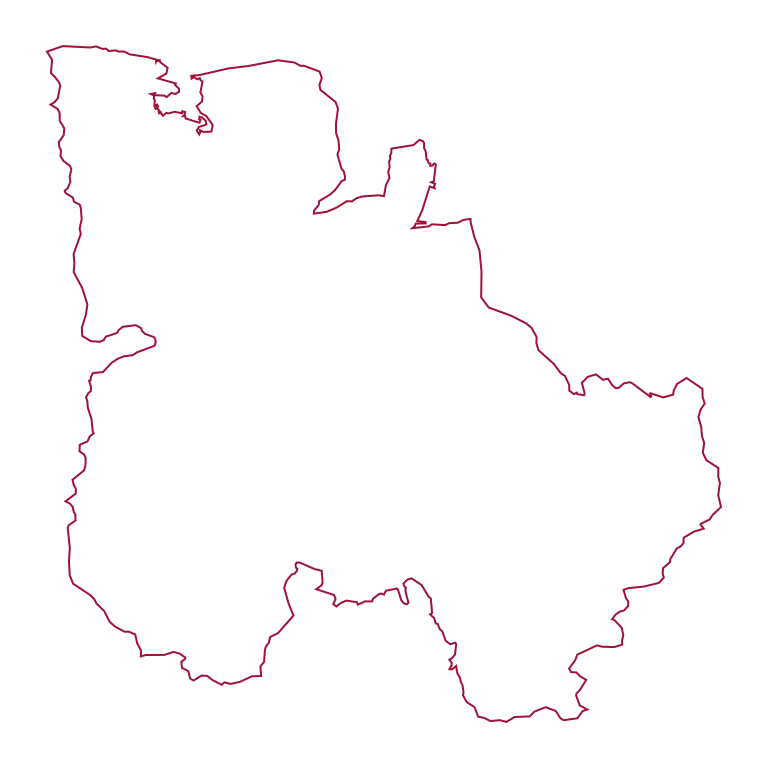 the district of Viisoara, Mures, Romania
{"feature_id": "2599482B3692872469981", "entity_name": "Viisoara", "entity_type": "district", "adm_level": 2, "iso_a3": "ROU", "parent_name": "Romania", "parent_adm1": "Mures", "projection": "equal_earth", "projection_center": [24.576, 46.301], "detail": "fine", "context": "isolated", "style": "outline", "palette": "rose", "viewbox_px": 768, "rotation_deg": 0, "n_neighbors": 0, "source": "geoboundaries", "source_scale": "gbopen_adm2", "svg_char_len": 5980}
<svg xmlns="http://www.w3.org/2000/svg" viewBox="0 0 768 768"><path d="M466.6,702.0L474.5,707.1L478.2,716.7L484.0,717.8L490.3,721.0L499.9,720.2L506.5,721.9L514.6,717.0L529.8,716.4L534.4,711.6L545.6,707.2L555.8,711.0L560.4,718.2L563.6,720.2L577.3,718.3L582.6,711.1L587.3,709.5L579.8,705.5L576.1,695.5L576.5,693.4L579.9,690.0L586.2,679.9L579.6,675.9L576.3,672.4L571.1,672.2L569.1,668.5L575.1,660.4L577.3,654.6L597.0,645.4L602.0,646.7L614.2,647.1L622.2,644.6L622.1,640.1L623.3,635.4L621.7,627.7L614.6,620.3L612.1,619.2L615.6,614.6L619.6,611.7L624.1,610.4L628.1,606.0L628.3,601.4L626.1,598.5L623.5,589.9L628.1,588.2L644.4,586.5L659.1,582.8L663.8,577.5L662.7,574.0L663.0,568.2L670.0,562.1L670.4,558.9L676.8,548.5L680.9,546.2L683.5,543.1L683.5,538.7L684.3,537.3L694.2,531.5L703.7,528.7L700.5,524.6L701.0,523.7L709.5,519.6L712.6,515.0L721.0,507.0L718.2,495.1L719.9,482.9L718.2,476.6L718.4,468.0L706.5,460.3L702.8,452.8L704.2,443.0L701.9,436.0L701.3,427.4L698.4,417.0L700.7,409.5L704.7,403.6L702.6,397.0L702.4,388.8L686.5,378.0L677.0,384.0L673.7,390.5L673.2,394.6L663.4,397.4L650.7,393.3L650.0,393.5L651.2,396.4L650.5,397.0L632.3,383.3L629.7,382.2L623.9,383.3L618.8,387.8L615.6,388.1L612.1,385.1L608.0,378.7L602.9,379.8L596.1,374.4L588.0,376.7L581.9,382.7L584.7,393.6L584.1,395.2L577.3,394.1L576.8,392.7L573.9,394.1L569.3,390.6L569.2,385.0L565.0,376.0L560.8,373.2L553.9,364.0L538.5,350.2L536.4,343.1L536.6,337.0L531.4,327.7L526.3,323.5L510.8,315.6L488.8,307.6L481.2,297.5L481.5,271.5L479.5,250.5L474.2,236.5L470.6,222.2L470.5,218.9L463.5,219.9L457.9,222.7L449.0,223.2L445.2,225.1L432.0,224.3L428.8,226.4L412.4,228.2L414.8,226.1L415.7,223.6L425.7,223.4L425.6,222.0L417.3,221.1L422.5,209.5L429.7,186.5L434.6,188.2L434.1,186.1L435.1,183.9L431.3,182.3L433.8,181.3L435.8,164.4L434.3,163.5L432.5,165.5L430.2,165.8L430.3,163.5L428.6,163.1L427.6,159.8L426.6,159.7L425.7,151.4L424.1,148.2L424.0,142.9L422.8,141.1L419.4,139.9L413.4,145.1L391.5,148.6L391.2,153.5L390.0,155.4L390.3,159.2L389.1,161.4L389.6,167.5L388.2,172.1L389.5,178.2L385.9,185.1L384.0,196.1L378.7,195.3L362.2,196.5L356.5,198.2L352.0,201.4L346.8,201.2L336.4,207.7L326.5,211.9L313.8,213.6L314.1,210.6L318.6,205.1L319.3,201.0L329.9,194.7L335.1,190.0L341.7,181.1L344.8,179.8L345.0,176.8L343.8,171.4L341.6,168.9L337.7,155.7L337.6,153.6L339.2,149.8L338.9,145.0L338.4,139.9L336.1,133.3L336.0,123.4L338.0,108.6L335.6,102.1L320.4,89.8L319.4,84.8L321.8,78.1L319.6,71.6L304.3,65.9L300.5,65.8L294.4,62.5L278.2,60.3L248.3,66.0L228.6,68.4L199.3,75.1L191.3,75.8L191.6,78.6L193.9,77.1L197.4,79.3L199.8,78.1L200.6,80.3L202.5,81.6L200.4,92.3L202.5,96.3L202.1,101.4L196.7,106.2L200.8,113.0L206.3,116.0L212.7,125.0L211.4,131.6L203.4,131.9L200.0,130.2L200.4,132.2L199.2,134.5L196.8,130.4L198.8,127.0L206.3,124.6L205.7,120.7L202.1,117.6L199.5,116.7L199.2,119.2L200.5,119.7L199.5,122.8L185.7,118.5L185.3,116.3L183.2,116.2L184.6,115.0L185.2,112.1L182.3,111.3L182.2,113.3L174.7,111.8L168.3,113.4L166.4,112.8L162.9,115.8L161.5,113.7L159.6,113.4L160.7,112.2L159.2,110.6L158.7,111.4L157.7,108.2L155.6,109.0L155.1,107.7L158.0,106.0L157.1,104.5L154.4,105.6L154.8,100.1L153.7,98.4L154.1,95.5L150.7,94.0L155.2,93.1L154.6,95.2L164.4,95.6L166.7,97.1L171.4,92.9L175.5,94.0L179.1,91.7L178.9,88.6L175.0,84.9L175.9,83.5L157.9,78.4L166.4,73.5L167.6,67.8L160.2,62.1L159.8,60.2L158.3,60.4L157.6,61.8L157.6,59.1L156.2,61.7L156.1,59.6L147.4,57.1L129.9,54.4L123.8,51.5L118.4,51.6L115.8,50.4L108.8,51.0L106.0,48.6L102.7,49.0L96.1,46.4L90.4,47.5L62.7,46.1L47.0,51.6L52.1,59.8L50.9,73.1L55.3,77.4L59.1,82.5L60.2,85.8L57.8,98.4L54.5,102.2L50.5,104.6L57.8,109.0L59.7,113.4L59.7,120.7L64.3,128.4L63.7,135.1L58.8,142.2L59.3,146.9L61.0,150.5L60.5,156.2L63.6,161.1L70.0,165.8L71.4,169.5L69.6,176.6L70.4,181.8L67.6,188.5L64.7,190.7L65.6,193.1L72.8,197.5L74.0,201.7L79.8,204.8L80.8,207.9L81.7,219.3L79.6,228.7L80.8,233.9L73.6,254.0L74.4,262.9L73.7,272.1L82.3,288.2L87.4,304.5L85.8,315.1L81.8,327.8L82.2,335.9L90.7,341.1L99.8,341.8L103.8,340.0L105.9,336.6L117.1,333.0L118.6,330.1L122.8,326.8L135.8,325.2L141.2,328.2L141.9,330.8L145.0,333.9L153.9,337.1L155.3,339.3L155.7,342.7L154.4,345.8L137.1,352.3L132.7,355.2L123.7,356.3L117.9,358.7L111.7,362.7L102.9,372.1L93.0,373.0L91.0,376.7L90.5,380.3L89.1,380.7L90.9,386.5L90.8,391.2L88.4,393.0L86.0,397.4L87.3,401.0L87.8,407.6L91.5,419.2L92.7,431.3L93.7,433.3L89.8,436.3L87.4,441.5L79.8,444.7L79.5,451.3L84.0,454.3L85.6,457.6L85.5,465.1L84.1,470.3L72.5,479.8L73.7,484.8L75.9,489.0L75.7,493.6L65.5,501.3L69.9,503.6L72.7,506.9L73.7,511.7L75.3,514.4L75.5,520.5L68.9,525.1L67.7,527.6L69.8,548.0L69.0,561.2L69.7,575.3L73.1,583.7L90.4,595.2L94.2,599.2L96.6,603.6L104.2,611.1L109.8,621.9L114.8,626.4L124.5,631.7L128.9,631.7L135.2,634.4L137.1,643.0L141.0,650.6L140.8,656.4L145.7,655.0L164.4,654.9L173.5,651.9L179.6,653.6L185.3,657.5L185.0,659.1L181.3,661.8L182.0,667.9L188.3,671.1L190.1,678.5L193.6,680.5L201.7,675.5L207.3,676.0L212.4,680.0L221.6,684.8L224.3,682.4L230.6,683.9L240.1,681.8L251.9,676.3L261.2,676.0L260.4,666.5L264.1,661.8L264.9,650.0L265.9,646.6L268.9,642.5L270.1,637.1L278.1,633.0L293.5,615.6L288.5,603.2L284.2,587.8L286.2,581.5L288.1,578.8L291.8,574.4L294.8,573.5L296.9,570.8L297.4,568.8L295.9,567.6L295.5,564.5L296.7,562.5L299.8,562.6L314.7,569.1L321.7,570.8L322.6,583.0L321.3,585.5L316.3,589.2L334.0,595.0L335.6,598.9L333.3,604.1L336.4,606.5L341.0,602.9L346.4,600.6L357.0,602.2L357.8,604.7L365.0,601.4L372.1,601.4L372.9,598.9L378.9,594.1L381.4,593.5L383.9,594.6L385.9,590.8L396.8,588.5L397.9,589.4L401.3,600.3L403.7,603.2L406.8,604.3L408.5,602.7L405.7,592.5L405.4,588.8L406.1,587.9L404.0,585.8L403.4,583.6L407.2,579.7L411.6,578.4L421.7,585.1L428.4,596.5L430.8,598.4L432.1,612.9L430.1,614.4L434.2,618.1L435.7,623.4L437.7,624.0L439.8,629.2L442.2,631.2L445.6,640.7L450.3,644.2L455.3,642.7L456.2,644.0L455.0,654.6L451.7,658.5L449.4,659.6L451.7,663.0L451.5,665.5L449.5,669.2L452.0,669.4L456.1,666.0L457.4,673.5L460.2,678.1L460.7,681.8L462.5,685.1L463.5,692.1L463.0,695.3L466.6,702.0Z" fill="none" stroke="#9f1239" stroke-width="2"/></svg>